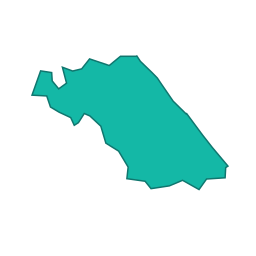 Bagat, Khorezm, Uzbekistan, rotated 233°
{"feature_id": "79887680B39463987044413", "entity_name": "Bagat", "entity_type": "district", "adm_level": 2, "iso_a3": "UZB", "parent_name": "Uzbekistan", "parent_adm1": "Khorezm", "projection": "orthographic", "projection_center": [60.845, 41.311], "detail": "fine", "context": "isolated", "style": "filled", "palette": "teal", "viewbox_px": 256, "rotation_deg": 233, "n_neighbors": 0, "source": "geoboundaries", "source_scale": "gbopen_adm2", "svg_char_len": 698}
<svg xmlns="http://www.w3.org/2000/svg" viewBox="0 0 256 256"><g transform="rotate(233 128 128)"><path d="M212.0,71.1L202.5,82.4L191.4,78.7L182.1,82.5L170.8,88.5L162.5,86.7L162.1,91.6L165.9,101.8L160.6,104.8L145.8,107.4L129.2,101.2L115.2,106.6L96.7,104.6L88.2,96.6L75.2,109.6L65.7,109.9L56.9,126.2L53.4,140.1L36.1,147.7L40.0,160.0L29.8,175.6L37.6,182.2L37.4,184.9L61.7,183.6L77.6,183.3L104.2,183.5L104.2,182.9L122.3,180.2L142.8,181.1L150.3,181.5L158.0,180.5L173.8,178.0L180.2,178.4L180.2,177.9L189.8,165.1L189.2,150.6L206.3,138.9L203.1,126.6L206.8,118.1L216.0,112.2L200.8,105.9L201.0,96.2L211.2,95.8L218.2,100.4L226.2,92.6L212.0,71.1Z" fill="#14b8a6" stroke="#0f766e" stroke-width="1.5"/></g></svg>